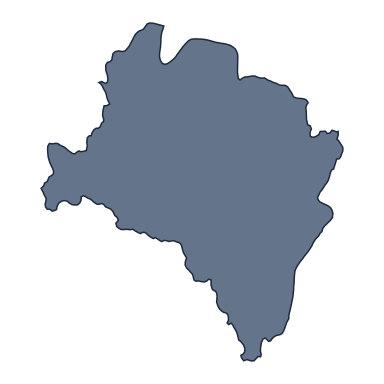 Carmo do Rio Claro, Minas Gerais, Brazil (Equal Earth projection)
{"feature_id": "56859067B34842563425627", "entity_name": "Carmo do Rio Claro", "entity_type": "district", "adm_level": 2, "iso_a3": "BRA", "parent_name": "Brazil", "parent_adm1": "Minas Gerais", "projection": "equal_earth", "projection_center": [-46.114, -20.993], "detail": "fine", "context": "isolated", "style": "filled", "palette": "slate", "viewbox_px": 384, "rotation_deg": 0, "n_neighbors": 0, "source": "geoboundaries", "source_scale": "gbopen_adm2", "svg_char_len": 5042}
<svg xmlns="http://www.w3.org/2000/svg" viewBox="0 0 384 384"><path d="M288.8,318.7L288.8,315.6L289.3,313.0L290.0,310.5L290.6,307.6L291.4,304.4L291.9,301.6L292.7,297.7L293.2,293.8L293.6,289.5L293.7,286.0L294.1,283.0L294.2,278.9L294.5,274.8L295.0,270.8L296.2,268.0L297.4,265.8L298.7,263.9L300.3,261.5L302.5,258.9L303.9,256.8L305.7,254.6L308.1,251.5L310.2,248.4L311.8,246.0L312.7,243.7L314.1,241.3L316.1,238.5L318.6,236.0L320.1,233.3L322.0,231.5L322.8,228.2L324.8,225.8L326.4,224.3L328.2,222.4L330.3,220.5L332.4,217.7L332.9,213.4L331.9,209.9L330.4,207.6L328.4,206.0L326.1,204.9L323.7,203.8L321.5,202.7L319.7,201.8L318.3,199.9L317.5,197.4L318.8,195.0L320.0,192.2L321.7,190.2L323.3,187.9L324.8,185.4L326.8,182.8L328.3,180.2L329.4,176.8L330.3,173.0L331.7,169.9L333.6,169.1L334.2,166.8L335.2,164.0L335.9,161.6L336.6,159.0L339.0,158.9L340.7,156.8L341.7,153.7L342.8,151.0L342.9,147.7L341.7,145.4L340.1,143.0L338.7,140.7L336.9,139.2L338.2,135.0L338.1,131.4L336.3,131.9L334.5,131.0L332.0,130.2L329.8,133.1L327.3,133.5L325.3,131.2L322.6,131.4L320.2,131.4L318.8,134.7L316.2,136.3L314.0,137.2L311.9,137.1L310.1,135.9L310.1,132.2L311.4,128.8L310.1,125.7L307.7,124.8L307.1,122.1L306.5,119.4L306.4,115.1L306.2,110.9L305.8,107.7L306.7,104.8L308.1,102.8L306.4,100.0L304.3,99.0L301.8,98.6L296.6,98.1L293.5,96.9L292.3,94.1L290.8,91.6L289.3,89.3L287.7,86.9L285.4,85.4L282.7,85.3L279.3,85.1L276.8,83.5L275.0,83.0L272.7,82.2L270.7,81.1L268.4,80.3L266.3,79.1L264.5,77.9L262.2,78.2L259.9,77.9L257.4,77.2L255.0,76.0L252.3,76.0L249.7,76.4L247.3,76.9L244.7,77.0L242.4,78.2L240.0,80.0L238.2,78.3L237.9,75.3L237.5,72.6L237.5,69.8L237.6,65.5L237.7,60.6L237.8,56.9L237.5,53.8L236.5,51.2L235.2,48.9L233.1,47.1L230.2,45.3L227.6,44.5L225.7,44.0L223.8,43.6L221.8,43.4L219.3,42.9L216.9,42.5L215.0,42.1L212.9,41.5L210.0,40.6L207.5,40.0L204.3,39.4L201.1,39.1L198.5,39.0L195.9,38.9L193.3,39.0L191.1,39.3L188.6,40.7L186.1,43.1L184.5,45.0L182.7,46.9L181.4,48.9L179.9,50.8L178.5,52.7L176.9,54.9L175.7,56.8L173.8,58.9L171.9,60.5L169.4,62.4L167.3,63.7L164.9,64.3L162.4,63.5L160.5,60.6L159.6,57.3L159.5,54.8L159.8,51.5L160.5,47.1L160.8,42.7L161.0,37.7L161.4,34.0L162.1,31.4L163.1,28.7L163.8,26.0L161.1,25.3L158.9,24.7L156.4,24.0L153.0,23.2L149.5,23.0L147.1,24.0L145.4,26.4L143.6,29.0L141.6,30.2L139.8,30.7L137.9,31.9L135.6,34.1L134.1,36.6L132.7,39.5L130.8,43.0L129.2,46.2L127.7,48.0L126.4,49.6L124.7,51.2L121.9,51.5L118.7,50.9L115.6,51.5L113.1,53.4L112.4,56.3L111.8,59.9L110.0,61.7L107.4,62.4L105.8,65.0L105.7,68.9L106.2,71.8L107.3,74.8L107.9,78.5L107.5,81.9L105.8,83.5L103.7,82.6L101.7,81.5L98.9,82.5L100.7,83.8L102.3,86.0L103.6,88.9L105.2,91.5L106.2,94.1L106.8,96.9L107.6,99.7L109.7,104.0L106.6,105.7L104.1,105.8L103.5,108.3L102.8,111.6L102.6,115.9L103.6,118.8L103.6,121.4L101.6,123.2L100.1,126.9L97.9,128.3L96.0,128.3L94.0,129.7L92.1,132.6L91.2,135.7L89.3,135.8L87.3,137.7L86.8,142.3L87.3,145.8L86.3,150.6L83.2,151.4L80.8,151.7L79.0,150.9L76.9,152.1L74.7,154.0L72.2,153.3L70.1,151.8L68.2,150.5L66.4,148.8L64.5,147.2L62.3,146.3L59.9,145.0L57.6,143.5L54.9,143.4L52.8,143.9L49.4,143.5L47.8,146.2L47.6,149.3L47.8,153.1L48.3,157.5L49.1,160.3L50.0,163.0L51.4,166.0L52.5,168.2L53.5,170.7L53.4,173.9L51.4,175.6L49.3,176.8L48.2,179.2L47.2,181.6L44.7,183.0L43.6,185.9L41.1,188.3L43.2,192.4L44.4,195.3L46.1,198.2L45.9,201.3L45.1,204.2L45.6,207.0L47.2,209.2L50.2,209.4L52.1,211.2L54.1,210.7L56.5,209.6L57.1,206.4L58.6,203.3L62.0,201.0L65.0,200.6L67.4,201.3L69.6,203.3L72.2,204.7L74.5,205.0L77.8,204.8L79.9,202.8L81.0,200.3L81.4,196.7L83.5,195.8L85.6,196.7L88.0,198.2L89.9,198.9L92.0,200.3L93.7,202.1L95.3,203.2L97.3,204.3L99.3,204.2L101.4,203.5L103.7,204.4L105.5,206.8L108.3,208.0L110.6,209.0L112.2,210.6L113.5,212.6L114.8,215.5L117.1,217.4L118.4,220.2L115.9,223.2L116.7,226.5L118.9,228.3L120.7,229.4L123.5,229.6L126.9,229.3L130.0,229.7L132.7,229.2L135.0,230.8L138.0,232.5L140.5,233.6L142.7,232.3L145.4,232.6L147.6,234.8L150.7,237.1L153.3,238.6L155.4,237.6L157.1,238.7L159.0,240.0L161.6,241.6L164.1,240.4L166.6,240.7L168.8,241.5L171.3,241.0L173.9,240.7L175.9,241.7L178.0,242.3L180.1,243.2L181.6,245.7L182.5,249.4L183.4,252.6L184.7,254.9L186.6,258.0L185.4,261.2L185.1,265.0L186.8,268.2L188.7,270.0L190.4,272.0L192.5,274.3L193.3,277.2L194.0,280.0L195.9,281.2L198.7,280.9L201.6,281.7L204.6,281.9L206.7,281.1L208.6,279.2L211.1,280.0L211.0,284.9L212.1,288.7L213.4,290.4L215.5,291.1L216.7,293.4L217.1,296.2L216.9,298.8L216.6,302.0L217.8,305.8L219.5,309.0L221.7,311.1L223.7,312.4L226.1,312.9L227.8,314.6L228.4,317.6L228.5,320.2L227.1,323.0L228.8,324.6L231.0,323.1L232.7,324.9L233.7,327.0L235.3,329.6L236.7,332.3L237.8,336.0L238.7,340.0L241.2,342.0L243.6,345.1L244.9,348.8L244.6,352.2L242.9,354.2L240.9,355.3L241.5,357.8L243.7,360.7L247.0,359.6L249.2,360.3L251.4,361.0L254.1,360.7L256.2,358.5L258.0,356.6L260.6,356.8L261.2,354.2L260.4,351.3L260.6,347.7L261.3,343.2L262.9,339.1L265.2,338.1L267.0,339.6L268.6,341.3L270.6,340.9L272.2,338.5L274.3,336.6L276.6,335.4L279.9,334.7L281.8,333.7L283.3,331.6L284.5,328.8L285.7,325.3L286.8,322.2L288.8,318.7Z" fill="#64748b" stroke="#1e293b" stroke-width="1.5"/></svg>